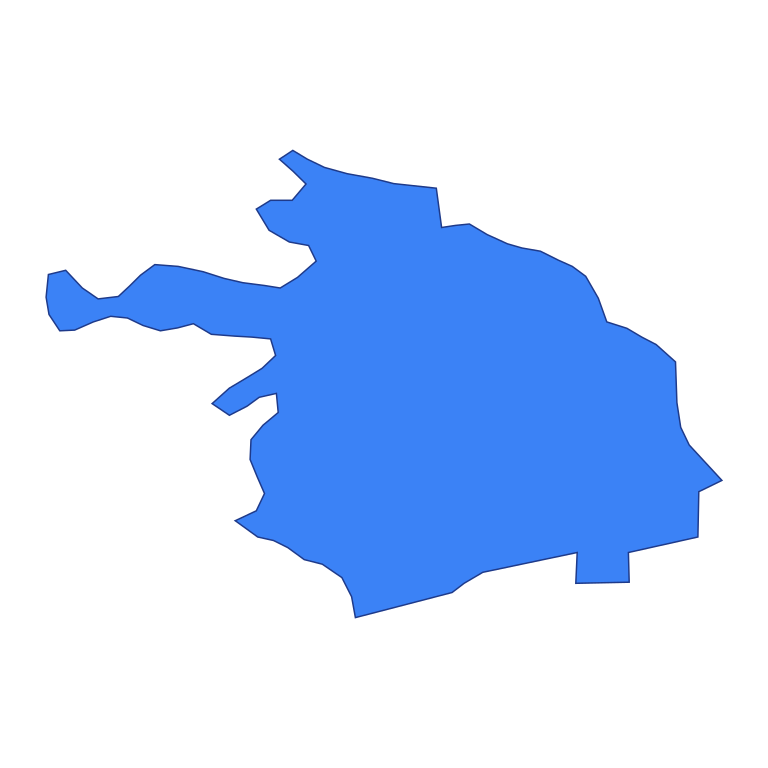 Barra Funda, Rio Grande do Sul, Brazil
{"feature_id": "56859067B80919808552891", "entity_name": "Barra Funda", "entity_type": "district", "adm_level": 2, "iso_a3": "BRA", "parent_name": "Brazil", "parent_adm1": "Rio Grande do Sul", "projection": "natural_earth1", "projection_center": [-53.035, -27.919], "detail": "fine", "context": "isolated", "style": "filled", "palette": "blue", "viewbox_px": 768, "rotation_deg": 0, "n_neighbors": 0, "source": "geoboundaries", "source_scale": "gbopen_adm2", "svg_char_len": 1371}
<svg xmlns="http://www.w3.org/2000/svg" viewBox="0 0 768 768"><path d="M629.2,582.2L628.4,552.5L697.9,537.0L698.8,491.7L721.9,480.4L708.5,465.9L689.2,445.0L680.7,427.3L676.9,402.6L676.3,385.2L675.5,361.9L656.2,344.6L641.8,337.1L626.9,328.3L606.8,321.9L598.3,298.2L585.7,276.3L572.3,266.4L558.0,260.0L540.4,251.2L522.0,248.0L507.4,243.8L487.2,234.6L469.4,224.0L455.6,225.4L441.6,227.5L436.3,188.2L393.7,183.6L372.6,178.3L347.2,173.7L324.4,167.4L307.4,159.2L292.8,150.4L279.4,159.2L293.1,171.3L306.0,184.0L292.2,200.3L270.6,200.3L256.3,209.1L269.1,230.3L289.3,242.0L308.6,245.5L316.2,261.1L297.5,277.4L280.2,288.0L264.5,285.5L242.8,282.7L224.1,278.4L203.1,271.7L178.2,266.4L154.8,264.6L140.5,275.2L129.4,286.2L118.3,296.5L98.1,298.9L82.3,288.0L65.7,270.3L48.4,274.5L46.1,297.2L49.0,314.5L59.8,330.8L74.7,330.1L93.4,321.9L110.7,316.3L127.4,318.0L143.1,325.5L160.4,330.8L177.6,327.9L193.4,323.7L211.3,334.3L234.6,336.1L251.9,337.1L270.6,338.9L275.6,355.5L262.1,368.3L247.8,377.1L229.4,388.1L212.1,403.6L229.4,415.3L247.2,406.1L259.2,397.3L276.4,393.4L278.2,412.5L263.0,425.2L251.0,439.7L250.1,459.5L257.2,476.8L264.5,493.5L256.3,510.8L235.2,520.7L257.7,537.0L273.5,540.5L287.8,547.6L304.2,559.6L322.3,564.2L341.9,577.6L351.6,596.7L355.4,617.6L452.1,592.5L464.1,583.3L482.8,572.3L577.2,552.5L575.8,583.3L629.2,582.2Z" fill="#3b82f6" stroke="#1e3a8a" stroke-width="1.5"/></svg>